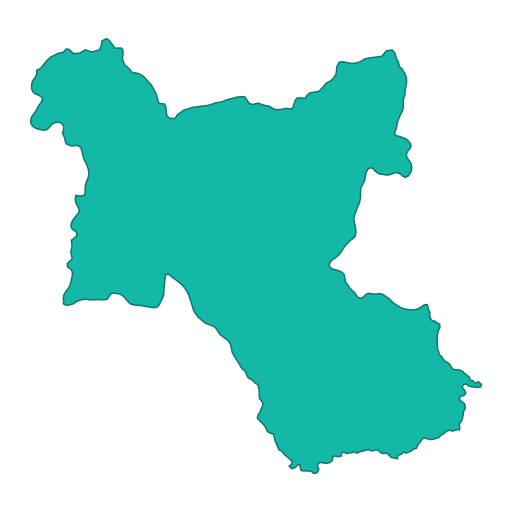 the district of São João do Paraíso, Minas Gerais, Brazil
{"feature_id": "56859067B19392310685118", "entity_name": "São João do Paraíso", "entity_type": "district", "adm_level": 2, "iso_a3": "BRA", "parent_name": "Brazil", "parent_adm1": "Minas Gerais", "projection": "albers", "projection_center": [-41.967, -15.359], "detail": "fine", "context": "isolated", "style": "filled", "palette": "teal", "viewbox_px": 512, "rotation_deg": 0, "n_neighbors": 0, "source": "geoboundaries", "source_scale": "gbopen_adm2", "svg_char_len": 5933}
<svg xmlns="http://www.w3.org/2000/svg" viewBox="0 0 512 512"><path d="M36.7,70.2L36.8,74.0L35.2,77.6L33.2,80.0L32.0,82.5L31.6,85.1L31.6,88.2L32.5,91.1L34.3,93.2L40.0,95.9L42.7,98.1L41.6,101.6L38.3,106.4L35.7,111.2L32.0,116.3L31.1,118.4L30.7,120.6L30.9,123.5L33.1,126.6L36.3,128.6L41.1,129.8L43.7,130.1L46.1,129.9L48.5,128.3L50.3,126.0L52.6,123.7L55.2,122.6L57.5,122.1L59.7,122.5L62.1,123.8L63.7,126.2L63.6,129.7L62.6,133.1L63.6,135.7L64.8,138.1L65.3,141.5L66.2,143.7L68.5,144.9L71.6,146.0L75.4,145.5L79.0,145.8L81.1,148.4L82.1,151.7L82.9,155.7L84.1,159.3L87.2,165.9L88.1,168.6L88.8,171.7L88.8,175.3L87.9,178.3L86.4,181.8L85.2,186.0L85.2,192.9L83.9,195.5L79.1,196.0L75.8,195.4L75.2,199.0L76.1,203.5L79.1,209.1L78.9,212.4L73.0,219.8L71.6,222.6L71.0,225.6L71.5,228.0L73.0,229.8L75.0,231.0L76.9,232.7L76.7,235.8L74.5,237.9L71.4,240.2L72.0,246.9L70.9,251.0L71.4,255.0L72.2,258.7L67.3,263.6L67.6,267.1L70.2,268.6L72.3,271.5L72.3,276.1L71.6,278.4L71.0,281.7L70.1,284.7L68.7,287.6L66.2,291.0L63.8,295.0L63.2,298.4L63.8,300.9L63.3,303.8L65.7,305.1L68.1,305.2L73.5,303.8L76.4,301.5L79.8,300.3L82.9,299.4L85.8,299.3L91.4,299.9L95.3,299.8L98.4,299.5L104.0,299.9L107.3,299.1L109.1,296.3L111.3,293.6L113.7,293.0L117.0,293.4L120.9,294.5L123.9,296.8L128.6,302.3L130.6,303.9L132.8,304.7L135.0,305.1L139.1,305.3L153.6,307.7L157.1,307.1L159.1,305.0L163.2,296.4L163.8,293.8L163.9,289.7L165.0,278.4L165.7,274.8L168.5,274.1L172.1,277.1L175.4,279.5L180.4,283.4L182.7,285.5L184.2,287.2L187.3,292.0L188.6,294.7L190.6,300.6L193.6,310.3L194.8,312.7L198.0,317.0L204.9,322.9L207.6,324.1L212.5,325.9L215.1,327.2L220.1,334.6L228.1,340.6L229.5,342.6L230.6,344.6L232.3,352.5L236.2,359.4L238.4,362.4L241.2,367.6L245.8,372.2L246.8,375.4L248.1,377.7L253.0,380.6L254.8,382.9L257.8,384.6L258.9,389.1L259.3,392.4L259.1,395.9L259.6,398.5L261.1,400.5L263.0,403.6L262.3,406.7L260.8,409.5L260.1,412.2L258.3,414.3L257.3,418.0L260.0,421.1L262.9,423.8L264.8,426.1L266.5,429.2L267.3,431.5L269.9,433.0L273.3,434.1L274.5,437.8L275.0,440.8L276.3,443.3L277.5,446.5L278.9,449.8L281.4,450.9L283.2,452.9L284.9,455.1L287.1,456.7L291.7,460.9L291.9,464.1L289.1,466.1L291.4,468.6L293.8,468.1L296.2,466.7L297.7,464.8L299.9,464.6L300.2,467.5L301.0,470.5L303.9,470.9L309.3,471.0L311.6,471.5L313.4,473.3L315.8,473.4L317.7,471.8L318.8,468.7L317.4,465.9L318.2,463.8L320.1,462.4L326.4,463.4L329.9,462.5L332.4,460.3L332.8,456.8L335.0,455.9L338.2,456.9L341.3,455.9L341.6,452.8L344.0,452.2L346.7,453.6L349.5,452.8L351.8,452.7L354.0,451.5L356.8,453.2L360.0,451.8L365.7,450.2L368.6,449.6L370.9,450.7L373.4,450.7L375.5,449.8L377.8,450.0L381.7,453.4L384.3,453.4L386.8,453.0L391.1,457.3L397.4,458.8L397.9,455.3L401.3,454.3L403.5,451.8L405.7,453.1L407.8,452.5L410.9,451.2L413.5,449.1L416.5,448.3L417.8,444.9L420.3,441.9L422.0,439.4L423.8,437.8L426.7,438.5L429.9,439.6L433.6,439.1L438.6,437.7L441.0,435.2L443.7,433.7L446.4,431.2L449.5,430.2L452.5,431.1L455.6,430.0L459.5,429.7L459.7,426.7L459.1,424.0L461.2,421.6L462.5,418.5L463.1,415.0L463.5,411.4L465.3,408.4L465.0,404.6L463.4,402.8L460.9,401.0L459.1,398.2L460.6,396.0L463.0,395.8L464.9,394.7L465.8,392.5L464.2,389.8L461.9,387.0L463.8,384.6L466.3,383.9L468.5,385.9L470.9,386.6L476.8,387.4L480.7,387.0L481.3,384.3L478.5,381.8L474.9,383.1L472.8,380.7L470.1,380.3L469.4,377.1L464.3,373.3L462.8,371.6L459.9,370.0L456.0,369.8L452.7,369.1L449.0,363.5L445.2,361.2L442.8,358.7L441.5,356.3L439.2,354.8L438.8,352.0L437.5,349.1L437.5,345.9L437.1,343.0L437.5,340.2L437.0,337.9L437.4,334.9L438.3,331.0L439.9,327.3L439.7,324.3L436.9,322.7L435.1,321.2L432.4,320.8L430.5,318.7L429.7,315.4L429.8,312.0L428.6,309.8L428.0,307.1L427.1,304.5L424.3,304.8L422.0,306.5L417.7,309.0L414.7,309.8L410.9,309.9L407.3,309.4L403.0,308.5L400.0,307.1L394.0,303.5L389.1,298.7L386.2,296.7L383.4,294.8L380.8,293.7L378.4,293.7L375.1,294.1L371.3,293.8L369.0,293.2L366.4,294.1L363.1,297.2L360.7,298.4L358.2,297.6L356.4,295.3L354.6,292.7L352.3,290.7L350.1,288.3L345.4,281.9L344.8,277.1L343.8,274.0L341.3,271.8L338.0,270.5L332.4,269.0L329.8,267.1L329.1,264.4L330.5,261.8L332.5,259.5L334.8,258.3L337.2,256.4L339.3,254.3L341.1,251.9L344.3,246.9L350.1,240.6L352.8,238.6L355.3,236.1L355.9,232.3L355.7,229.1L355.2,225.9L354.3,222.5L353.8,218.5L354.4,215.6L357.6,206.9L359.3,203.1L360.1,199.8L360.6,196.9L360.5,190.8L360.9,187.6L363.8,182.2L365.0,179.0L365.5,175.1L366.3,172.1L368.0,169.1L370.4,167.7L373.2,168.6L374.9,170.9L377.3,172.7L379.9,174.1L383.0,174.4L385.9,175.0L388.6,175.0L391.1,174.3L393.4,173.3L396.5,172.5L400.1,173.7L402.5,175.9L405.1,177.4L408.1,176.1L410.2,173.3L411.5,169.9L411.7,166.7L410.8,163.2L409.1,160.4L407.4,158.2L406.4,155.9L406.6,153.5L407.7,151.2L409.6,149.0L411.0,146.6L410.4,143.5L407.7,140.2L405.4,138.6L401.0,136.9L396.1,135.6L394.3,133.5L395.2,130.9L396.3,128.5L397.4,122.2L400.3,115.0L402.7,110.2L403.4,107.4L403.2,101.8L403.4,98.9L404.5,96.2L405.0,93.7L405.2,90.0L406.6,82.4L406.5,78.8L405.9,76.2L404.3,72.7L402.0,68.8L399.5,66.7L398.1,61.5L396.7,59.3L394.6,52.6L392.2,50.0L386.3,50.8L381.9,56.3L369.7,57.9L364.8,58.9L361.9,60.9L357.1,62.9L351.7,63.5L342.5,61.6L339.3,62.2L336.8,66.8L336.4,72.0L335.8,74.6L333.1,78.7L330.1,81.2L326.3,83.1L323.3,86.7L319.0,91.3L309.8,92.9L307.6,94.8L305.1,98.1L297.5,97.9L295.6,99.8L292.2,108.9L286.1,108.4L280.8,109.5L275.7,109.7L272.6,108.4L269.0,106.1L264.1,105.3L258.0,103.1L253.0,104.5L249.2,103.4L244.9,97.0L242.4,96.6L237.1,97.1L226.6,99.9L221.3,102.0L215.8,102.8L208.5,105.3L191.8,107.5L189.3,108.6L184.1,110.0L177.5,114.7L174.8,118.7L169.2,118.1L166.7,115.3L165.6,105.9L164.3,103.9L158.7,103.4L156.4,94.6L154.5,90.6L151.2,84.8L144.4,77.4L141.4,75.0L138.2,73.5L131.5,72.1L130.2,69.9L127.6,67.3L124.6,65.1L122.2,58.0L123.1,54.3L122.8,49.8L121.2,48.0L114.8,48.1L112.5,44.7L108.7,39.9L106.4,38.6L101.9,41.0L101.5,44.4L99.8,49.5L97.3,50.6L91.4,52.0L85.4,49.8L79.5,53.2L73.7,53.7L69.0,49.4L66.2,49.0L63.1,52.4L58.2,53.3L50.5,57.2L46.6,60.9L41.5,67.4L39.2,69.3L36.7,70.2Z" fill="#14b8a6" stroke="#0f766e" stroke-width="1.5"/></svg>